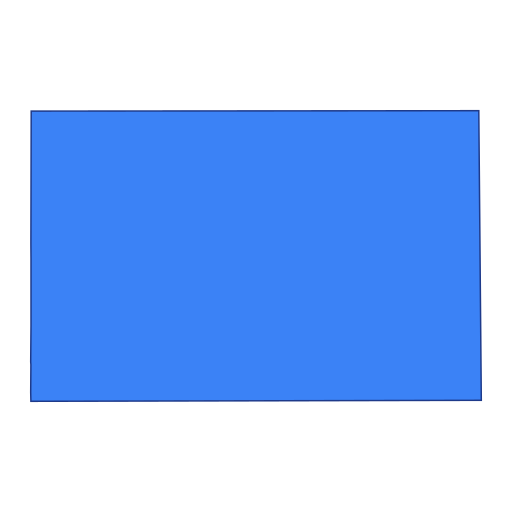 Chase, Nebraska, United States of America
{"feature_id": "52423323B38748584325831", "entity_name": "Chase", "entity_type": "district", "adm_level": 2, "iso_a3": "USA", "parent_name": "United States of America", "parent_adm1": "Nebraska", "projection": "equal_earth", "projection_center": [-101.923, 40.524], "detail": "fine", "context": "isolated", "style": "filled", "palette": "blue", "viewbox_px": 512, "rotation_deg": 0, "n_neighbors": 0, "source": "geoboundaries", "source_scale": "gbopen_adm2", "svg_char_len": 255}
<svg xmlns="http://www.w3.org/2000/svg" viewBox="0 0 512 512"><path d="M31.0,325.6L30.7,362.0L30.9,364.7L30.7,392.3L30.9,401.3L481.3,400.3L478.8,110.7L31.2,111.1L30.9,244.1L31.0,258.9L31.0,325.6Z" fill="#3b82f6" stroke="#1e3a8a" stroke-width="1.5"/></svg>